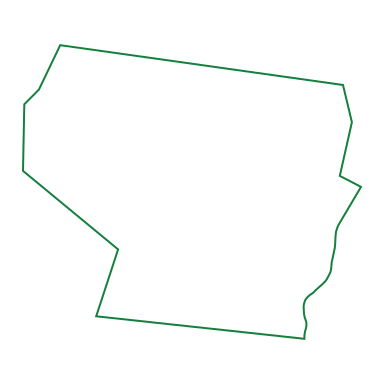 Enfield, Albers equal-area conic projection
{"feature_id": "GBR-2067", "entity_name": "Enfield", "entity_type": "London Borough", "adm_level": 1, "iso_a3": "GBR", "parent_name": "United Kingdom", "parent_adm1": "", "projection": "albers", "projection_center": [-0.041, 51.645], "detail": "fine", "context": "isolated", "style": "outline", "palette": "green", "viewbox_px": 384, "rotation_deg": 0, "n_neighbors": 0, "source": "natural_earth", "source_scale": "10m", "svg_char_len": 669}
<svg xmlns="http://www.w3.org/2000/svg" viewBox="0 0 384 384"><path d="M60.2,45.2L343.0,85.0L351.9,122.2L339.8,175.9L361.0,186.9L340.7,221.2L338.6,224.8L337.8,226.4L336.4,230.4L335.9,232.6L335.5,237.1L335.2,243.6L334.8,247.8L332.2,260.2L331.7,262.1L331.2,268.4L330.8,270.5L330.4,272.4L327.0,278.9L325.8,280.7L322.7,283.9L315.1,290.7L313.4,292.6L309.5,295.3L307.8,296.8L306.4,298.4L305.2,300.1L304.7,301.5L303.9,304.3L303.6,306.3L304.0,313.8L304.7,317.4L306.1,321.4L306.4,323.4L306.4,325.6L306.1,327.7L305.1,331.2L304.7,333.5L304.4,335.8L304.4,338.8L96.2,316.3L118.1,249.4L23.0,170.9L24.3,104.3L38.9,89.6L60.2,45.2Z" fill="none" stroke="#15803d" stroke-width="2"/></svg>